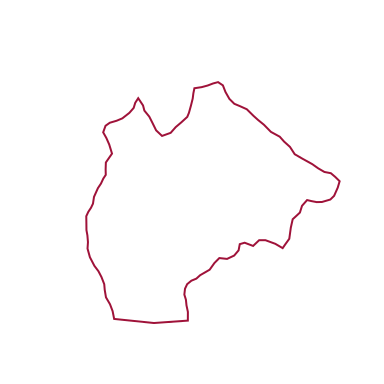 the district of Santa Cruz da Conceição, São Paulo, Brazil, rotated 149°
{"feature_id": "56859067B94691045798687", "entity_name": "Santa Cruz da Conceição", "entity_type": "district", "adm_level": 2, "iso_a3": "BRA", "parent_name": "Brazil", "parent_adm1": "São Paulo", "projection": "natural_earth1", "projection_center": [-47.493, -22.126], "detail": "fine", "context": "isolated", "style": "outline", "palette": "rose", "viewbox_px": 384, "rotation_deg": 149, "n_neighbors": 0, "source": "geoboundaries", "source_scale": "gbopen_adm2", "svg_char_len": 1543}
<svg xmlns="http://www.w3.org/2000/svg" viewBox="0 0 384 384"><g transform="rotate(149 192 192)"><path d="M102.4,234.7L106.7,240.9L110.3,245.8L112.0,252.5L111.8,260.5L110.6,267.5L113.1,272.8L118.1,274.2L123.7,275.2L129.7,276.9L136.5,279.7L139.9,276.0L143.3,271.7L148.4,266.6L153.9,261.4L157.4,258.8L165.3,257.2L172.6,256.0L179.8,253.7L188.8,255.5L191.0,263.3L190.3,271.7L189.8,278.6L190.9,286.3L189.4,291.4L189.8,300.1L194.7,297.7L198.7,294.1L204.9,292.1L213.8,291.0L219.9,291.9L226.8,293.7L232.0,293.3L237.4,288.9L237.6,282.4L238.5,275.3L240.8,266.1L250.6,261.7L254.3,256.0L257.1,251.1L261.1,249.2L265.7,246.1L270.6,243.8L278.5,238.3L282.9,233.0L286.7,230.5L291.1,228.4L295.1,225.7L298.4,220.0L302.1,213.7L304.0,208.7L307.0,202.6L310.7,197.3L313.1,188.7L313.7,179.0L313.0,172.4L313.4,165.7L314.7,158.2L317.2,153.1L320.0,146.0L320.1,138.0L321.4,130.8L324.1,123.3L292.1,99.3L261.8,83.9L257.3,91.3L255.1,97.7L252.7,102.8L251.4,108.0L247.8,112.7L243.6,115.5L238.2,116.3L232.9,115.5L227.8,116.5L216.9,116.3L209.3,119.6L202.6,121.3L196.4,116.6L188.6,115.8L182.1,118.0L177.9,122.7L173.0,121.4L167.4,114.3L159.3,116.1L153.9,112.9L147.3,104.7L143.2,97.2L139.0,99.1L132.7,101.8L125.7,110.5L119.7,116.8L114.3,117.9L110.1,118.8L104.8,123.5L97.5,125.8L94.1,122.5L90.3,119.1L85.7,116.5L77.3,114.3L72.2,115.5L64.8,120.7L59.9,125.2L61.5,131.3L63.3,136.6L68.2,141.0L71.7,147.4L74.6,154.0L80.1,163.5L84.5,171.5L84.8,180.2L87.1,187.8L88.3,194.2L93.4,202.9L95.7,212.6L98.3,219.8L100.1,225.7L102.4,234.7Z" fill="none" stroke="#9f1239" stroke-width="2"/></g></svg>